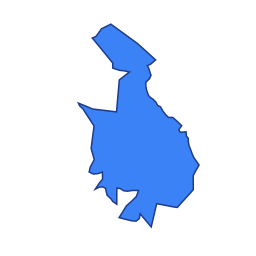 the district of Salvador do Sul, Rio Grande do Sul, Brazil, rotated 49°
{"feature_id": "56859067B24348409477030", "entity_name": "Salvador do Sul", "entity_type": "district", "adm_level": 2, "iso_a3": "BRA", "parent_name": "Brazil", "parent_adm1": "Rio Grande do Sul", "projection": "equal_earth", "projection_center": [-51.535, -29.459], "detail": "fine", "context": "isolated", "style": "filled", "palette": "blue", "viewbox_px": 256, "rotation_deg": 49, "n_neighbors": 0, "source": "geoboundaries", "source_scale": "gbopen_adm2", "svg_char_len": 1254}
<svg xmlns="http://www.w3.org/2000/svg" viewBox="0 0 256 256"><g transform="rotate(49 128 128)"><path d="M70.6,65.4L38.4,72.8L35.7,82.8L37.9,92.0L36.7,95.9L64.0,96.7L68.8,96.9L72.9,100.2L79.3,96.3L82.3,93.4L86.7,90.2L86.0,103.0L108.3,126.1L90.6,142.1L76.7,149.1L79.5,149.9L84.5,149.5L88.4,150.1L104.2,152.3L119.2,169.2L129.7,174.2L132.8,182.2L135.7,186.2L140.0,184.4L142.9,180.3L144.5,176.3L149.8,180.6L150.9,186.5L152.7,192.8L153.8,188.5L155.8,185.7L158.9,184.5L161.5,186.1L165.2,187.9L170.1,187.3L173.3,187.7L178.2,186.5L175.0,183.7L172.1,181.2L166.1,175.9L168.6,173.6L172.6,172.4L175.3,169.9L178.5,165.0L182.1,161.1L185.2,166.6L185.6,172.6L185.7,180.2L189.8,193.5L196.0,189.3L200.7,185.9L203.6,183.0L203.8,178.9L200.7,175.1L217.9,175.4L203.9,156.0L217.7,145.2L220.3,142.9L217.4,119.2L206.7,110.0L204.6,104.6L202.6,98.7L199.1,98.3L193.5,97.7L189.5,96.5L185.1,94.8L181.3,93.5L177.9,91.4L175.3,89.3L172.3,89.2L169.0,86.7L165.5,91.4L162.6,90.8L161.5,86.0L156.1,86.4L149.4,87.3L146.5,90.5L143.1,90.8L138.5,90.6L133.4,89.6L130.3,90.8L127.0,90.0L122.8,90.2L119.9,91.0L116.9,91.2L112.0,89.3L108.3,87.2L105.2,84.6L104.9,79.5L103.3,76.0L99.9,74.7L96.8,73.2L93.7,72.6L94.7,68.8L94.7,62.5L70.6,65.4Z" fill="#3b82f6" stroke="#1e3a8a" stroke-width="1.5"/></g></svg>